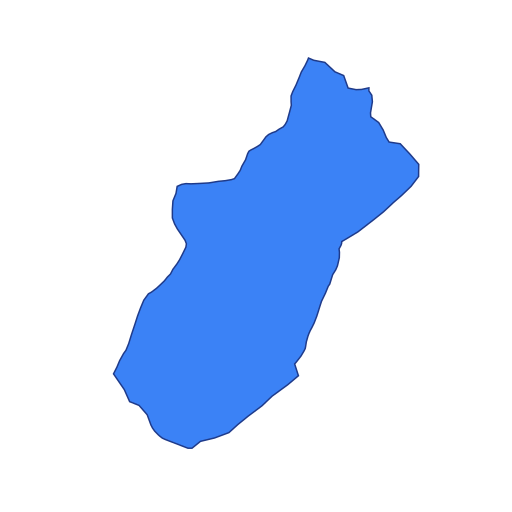 Dzoma, Punakha, Bhutan, rotated 36°
{"feature_id": "84629894B97305398598213", "entity_name": "Dzoma", "entity_type": "district", "adm_level": 2, "iso_a3": "BTN", "parent_name": "Bhutan", "parent_adm1": "Punakha", "projection": "natural_earth1", "projection_center": [89.884, 27.582], "detail": "fine", "context": "isolated", "style": "filled", "palette": "blue", "viewbox_px": 512, "rotation_deg": 36, "n_neighbors": 0, "source": "geoboundaries", "source_scale": "gbopen_adm2", "svg_char_len": 2074}
<svg xmlns="http://www.w3.org/2000/svg" viewBox="0 0 512 512"><g transform="rotate(36 256 256)"><path d="M151.3,246.0L154.5,252.4L156.4,260.2L160.9,267.4L166.0,274.4L171.3,277.9L176.4,280.3L182.8,282.6L189.4,285.0L192.5,287.0L194.1,290.1L195.4,297.5L196.4,304.1L196.7,308.9L196.6,315.6L197.4,320.9L196.7,325.1L196.5,330.0L195.5,335.6L194.5,340.6L192.6,346.8L191.2,349.8L191.2,357.7L193.1,365.7L195.4,374.0L198.0,381.9L201.5,392.9L204.5,401.7L206.2,408.7L206.2,412.7L207.2,420.8L208.8,427.6L210.0,435.1L228.0,441.5L239.4,448.1L249.2,445.6L261.3,448.4L270.4,454.5L273.4,456.0L276.9,457.2L282.1,458.1L284.1,458.3L287.2,458.4L290.3,457.8L310.2,452.5L313.9,451.5L317.2,449.1L320.0,438.6L329.4,427.6L337.9,414.8L340.4,402.9L343.8,390.1L348.9,373.6L351.4,359.9L357.3,341.6L360.7,327.9L359.0,326.7L350.7,320.6L350.9,318.8L351.1,313.6L351.2,310.5L350.9,307.3L350.7,304.9L350.2,301.9L349.4,300.2L347.1,295.7L346.5,294.0L345.2,290.5L344.4,287.7L343.7,284.4L343.4,281.9L343.1,280.0L342.4,276.0L340.6,269.2L339.0,264.3L338.0,261.4L336.9,258.1L335.6,254.1L334.0,245.2L332.2,237.9L332.2,235.5L329.0,226.1L328.6,220.2L327.7,216.2L326.8,214.0L324.4,208.4L321.3,203.9L319.0,201.4L318.5,197.5L317.9,195.6L316.9,193.9L324.3,176.5L330.0,156.9L333.2,145.2L335.7,132.2L338.3,120.9L340.5,108.5L340.8,96.1L337.8,91.9L333.8,86.2L320.7,83.1L306.7,80.4L296.7,85.6L291.8,83.6L284.8,79.3L276.8,75.9L267.0,75.9L264.5,72.9L259.5,62.8L255.2,57.9L250.3,56.1L248.5,53.6L243.5,59.2L239.2,62.6L231.8,66.0L220.9,58.5L211.6,60.6L197.9,58.9L187.7,63.7L182.1,65.0L182.7,67.2L183.8,73.3L184.5,80.5L185.8,85.4L187.9,94.2L189.1,101.4L190.3,105.9L193.8,110.7L196.0,113.3L198.5,119.7L200.0,123.7L201.8,128.4L202.3,132.4L202.1,135.6L200.1,139.9L198.8,143.7L196.7,146.7L194.8,150.3L194.0,153.7L194.0,159.2L194.0,163.3L192.7,166.7L191.1,170.2L189.5,173.3L188.7,175.4L189.1,178.1L191.0,184.3L191.8,191.7L192.9,196.0L193.1,200.2L193.1,204.2L193.1,206.1L191.2,208.7L187.0,213.0L181.6,217.8L174.9,224.6L167.3,230.8L160.9,235.9L156.8,238.6L153.8,241.7L151.3,246.0Z" fill="#3b82f6" stroke="#1e3a8a" stroke-width="1.5"/></g></svg>